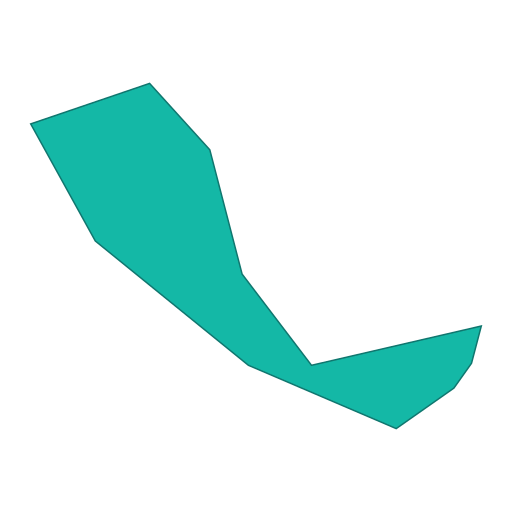 Aitutaki, Albers equal-area conic projection
{"feature_id": "COK-4951", "entity_name": "Aitutaki", "entity_type": "state/province", "adm_level": 1, "iso_a3": "COK", "parent_name": "Cook Islands", "parent_adm1": "", "projection": "albers", "projection_center": [-158.934, -19.256], "detail": "fine", "context": "isolated", "style": "filled", "palette": "teal", "viewbox_px": 512, "rotation_deg": 0, "n_neighbors": 0, "source": "natural_earth", "source_scale": "10m", "svg_char_len": 273}
<svg xmlns="http://www.w3.org/2000/svg" viewBox="0 0 512 512"><path d="M396.2,428.6L248.4,365.3L95.3,241.0L30.7,123.9L149.6,83.4L209.8,149.8L242.1,274.1L311.5,365.3L481.3,326.0L471.5,363.3L453.9,388.1L396.2,428.6Z" fill="#14b8a6" stroke="#0f766e" stroke-width="1.5"/></svg>